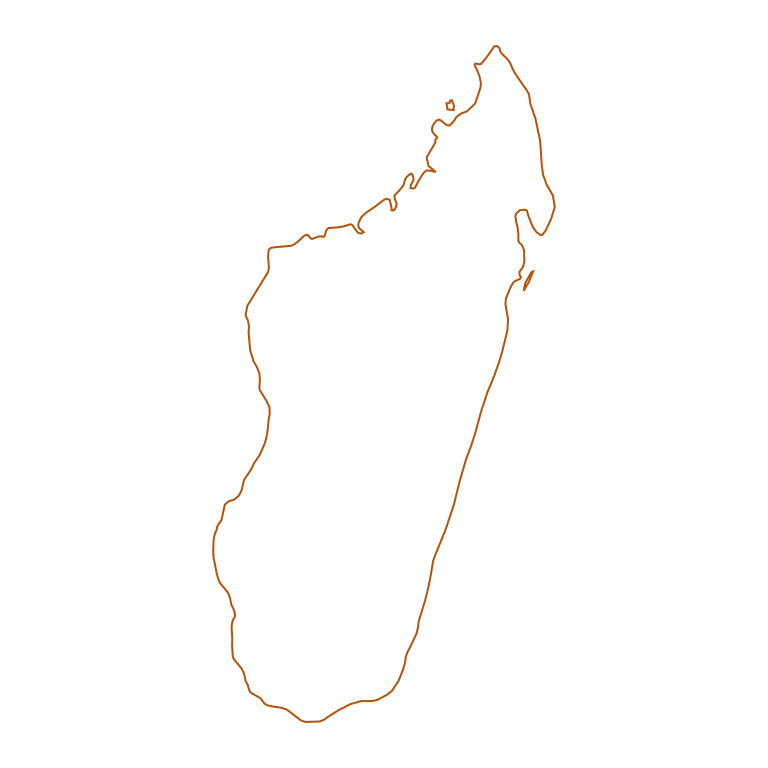 map outline of Madagascar (Mercator projection)
{"feature_id": "MDG", "entity_name": "Madagascar", "entity_type": "country or territory", "adm_level": 0, "iso_a3": "MDG", "parent_name": "Africa", "parent_adm1": "", "projection": "mercator", "projection_center": [46.989, -18.825], "detail": "fine", "context": "isolated", "style": "outline", "palette": "amber", "viewbox_px": 768, "rotation_deg": 0, "n_neighbors": 0, "source": "natural_earth", "source_scale": "50m", "svg_char_len": 3299}
<svg xmlns="http://www.w3.org/2000/svg" viewBox="0 0 768 768"><path d="M510.2,63.1L512.3,68.2L514.9,73.1L522.8,84.8L526.2,89.4L529.0,94.2L530.4,103.8L535.5,118.7L540.2,141.2L541.7,164.4L543.1,175.0L546.8,185.0L552.9,195.4L554.8,207.0L551.1,219.0L545.8,230.2L544.4,232.3L541.9,235.2L540.7,235.1L536.5,232.2L533.0,227.4L528.5,216.2L526.9,210.6L525.1,209.7L519.9,210.2L516.1,213.7L515.4,215.9L516.2,222.2L517.7,227.9L518.3,233.7L518.4,241.0L519.8,243.2L521.9,245.0L524.0,249.8L524.4,261.2L523.1,266.9L519.4,271.8L519.6,274.6L521.0,277.4L519.7,279.1L514.8,281.2L512.9,283.1L510.2,288.1L506.0,298.4L505.4,303.7L508.1,319.7L507.3,331.0L501.9,352.8L498.7,363.2L494.3,375.6L487.6,391.9L480.8,412.5L475.1,433.7L470.9,446.5L466.1,459.1L459.6,481.5L454.0,504.3L445.7,529.4L434.3,557.5L433.1,561.2L430.7,575.6L428.2,588.1L425.1,600.6L418.7,621.2L418.0,627.5L416.5,633.6L410.4,646.6L407.8,651.4L405.9,656.6L404.9,663.1L403.1,669.4L398.5,681.0L391.8,691.0L387.2,694.6L377.3,699.9L372.3,701.0L361.2,701.1L350.4,704.1L339.1,709.9L328.3,716.6L324.2,719.7L319.6,721.5L305.3,721.9L301.0,720.5L286.7,709.5L281.2,707.7L270.7,706.2L267.5,705.3L264.7,703.9L260.4,698.2L252.0,693.4L250.0,691.9L248.7,688.5L247.8,685.0L245.6,681.0L244.0,673.4L241.3,668.1L233.5,658.7L232.7,655.7L232.1,645.8L232.3,639.1L231.6,626.8L232.5,621.0L235.2,615.8L234.1,610.2L231.2,604.3L230.1,598.2L228.0,592.7L219.8,582.7L217.9,577.8L216.6,572.8L213.5,557.0L213.2,551.5L213.6,539.9L214.8,534.0L216.7,529.8L217.2,526.7L218.5,524.1L220.4,521.9L221.7,519.4L224.8,504.6L228.6,501.4L234.3,499.5L238.9,495.7L241.5,490.5L244.1,479.8L251.3,469.2L253.8,463.6L259.6,455.2L264.8,443.4L266.3,437.9L267.4,432.2L268.7,419.7L269.7,413.5L269.5,407.4L266.6,401.1L259.6,389.7L259.4,387.6L259.9,379.1L259.3,373.0L256.8,366.9L253.5,361.1L250.2,350.4L248.6,332.7L249.0,326.4L248.0,320.7L245.6,315.3L247.3,305.9L268.2,271.8L268.9,267.8L268.1,257.4L268.5,251.4L269.2,249.2L270.8,247.9L274.4,247.3L291.3,245.8L293.5,244.7L297.7,241.9L303.5,236.3L306.1,234.8L308.4,235.3L309.9,237.7L311.8,239.0L318.6,236.5L321.2,236.4L323.9,236.8L325.1,234.5L325.9,231.4L326.9,229.3L328.7,228.0L337.5,227.4L343.1,226.5L350.3,224.3L351.9,224.7L357.7,232.5L359.5,233.2L361.8,233.5L363.7,232.1L359.0,228.0L358.3,225.7L358.5,223.1L361.1,217.5L365.3,213.3L374.8,206.8L384.6,199.4L387.4,198.9L389.8,200.0L391.7,208.8L391.4,210.3L393.0,210.5L394.8,209.4L396.5,205.8L396.5,202.9L395.2,200.1L394.6,197.7L394.5,195.5L399.5,190.3L403.4,185.3L405.2,179.4L406.8,176.7L410.9,173.6L412.1,174.1L413.1,176.6L413.6,179.2L412.6,181.9L411.1,184.5L410.4,187.9L412.8,188.6L415.0,187.7L418.2,181.5L421.8,175.6L424.0,172.5L426.7,170.4L431.3,170.8L435.7,172.1L428.5,165.9L426.7,157.3L435.3,142.6L435.4,139.5L436.6,138.5L437.2,137.4L432.8,132.4L431.9,129.9L432.5,126.2L434.6,122.8L436.6,120.5L439.3,119.6L441.5,120.9L446.3,125.0L449.5,125.6L453.4,121.7L456.6,116.8L461.4,113.4L466.8,111.4L475.1,103.6L480.5,87.5L480.9,82.9L479.7,77.2L477.8,71.8L474.6,65.0L475.4,63.5L480.0,64.4L481.5,63.5L486.4,57.5L494.5,46.1L497.2,46.1L499.5,48.2L500.3,51.4L501.9,53.7L507.4,59.1L510.2,63.1ZM453.6,108.3L453.7,110.1L447.5,109.4L446.5,103.3L449.5,103.1L450.2,100.6L452.0,100.3L454.0,105.7L453.6,108.3ZM529.0,281.7L523.7,290.8L525.2,283.2L531.3,272.3L533.1,271.5L529.0,281.7Z" fill="none" stroke="#b45309" stroke-width="2"/></svg>